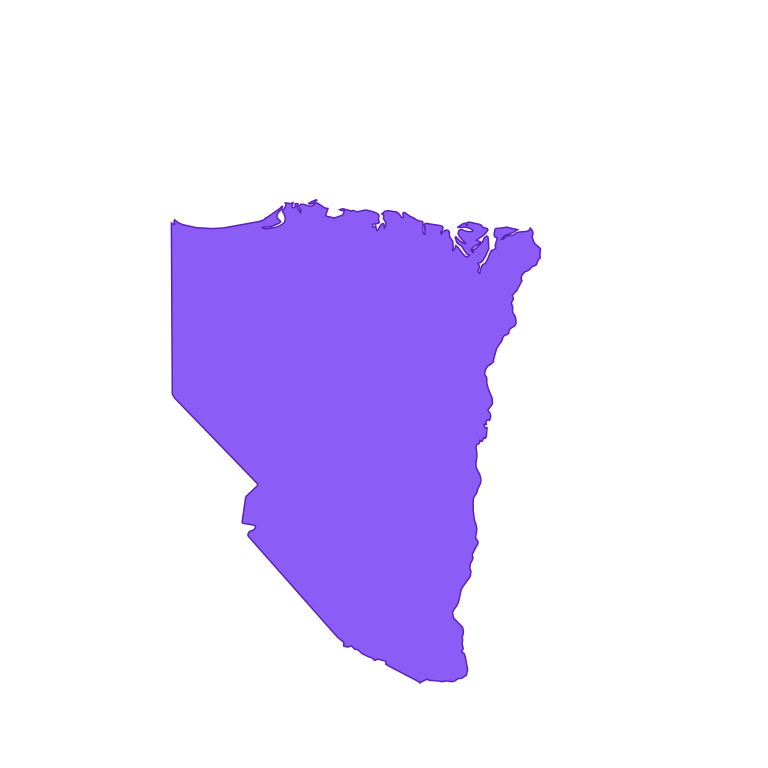 outline of South Carolina, rotated 225°
{"feature_id": "USA-3545", "entity_name": "South Carolina", "entity_type": "State", "adm_level": 1, "iso_a3": "USA", "parent_name": "United States of America", "parent_adm1": "", "projection": "albers", "projection_center": [-80.855, 33.625], "detail": "fine", "context": "isolated", "style": "filled", "palette": "violet", "viewbox_px": 768, "rotation_deg": 225, "n_neighbors": 0, "source": "natural_earth", "source_scale": "10m", "svg_char_len": 6172}
<svg xmlns="http://www.w3.org/2000/svg" viewBox="0 0 768 768"><g transform="rotate(225 384 384)"><path d="M648.1,347.4L645.1,348.4L645.2,349.3L647.1,350.0L648.2,352.1L643.6,352.5L638.9,354.4L627.3,361.8L615.9,371.9L608.2,380.4L587.0,410.9L584.5,416.5L585.3,417.4L584.5,418.9L581.8,434.5L581.8,437.6L581.1,437.7L580.2,435.7L580.0,430.9L579.4,428.5L578.2,426.6L576.7,425.9L572.1,425.9L571.7,424.5L572.6,421.4L575.4,415.2L580.6,409.2L580.6,408.3L578.1,409.5L575.9,411.8L571.0,418.9L569.8,421.6L569.0,424.5L568.6,427.3L569.6,429.8L571.8,432.0L574.5,433.4L578.3,434.4L578.6,435.5L578.5,437.1L578.8,438.6L579.7,441.0L580.3,441.7L581.9,442.2L577.5,445.7L576.7,447.9L575.7,446.9L574.8,444.6L573.9,444.2L572.3,444.7L572.2,446.0L573.1,447.5L574.3,448.7L573.3,450.0L572.1,450.6L571.2,448.3L569.2,447.0L564.3,446.2L565.6,448.0L568.1,448.6L570.1,449.6L569.8,452.4L568.1,454.2L563.2,456.5L561.0,458.5L560.3,460.9L560.2,463.2L559.4,464.8L551.5,466.3L549.3,467.3L547.7,468.5L544.4,461.8L542.4,462.5L538.9,464.8L537.2,465.6L535.9,467.4L533.0,473.5L532.9,475.0L533.5,476.6L534.8,478.7L535.4,477.6L536.3,476.8L538.6,475.9L537.7,477.9L536.9,478.9L531.5,482.1L529.7,482.8L528.8,484.7L528.3,485.1L525.3,486.3L523.2,489.0L521.5,492.0L519.6,494.4L513.6,498.1L510.2,499.5L507.7,500.1L506.4,499.3L504.2,496.2L502.2,495.5L501.4,494.5L502.4,492.4L504.9,489.0L502.9,487.2L502.2,487.6L501.7,488.6L501.6,489.5L501.8,490.0L497.8,487.4L497.2,487.7L497.4,489.6L498.5,493.0L498.8,495.1L498.3,496.8L497.2,497.0L494.1,494.7L494.5,496.6L495.7,498.4L497.3,499.6L501.3,500.5L503.0,502.7L504.6,503.7L504.9,503.6L505.0,502.8L505.8,502.8L505.5,506.8L503.7,509.5L497.2,514.2L496.0,514.8L493.2,514.9L489.2,514.3L488.2,514.9L488.2,515.8L490.8,517.5L491.6,518.9L490.5,519.9L484.6,520.9L479.4,522.7L477.0,523.1L474.3,524.0L472.8,525.5L471.2,526.0L468.5,523.7L464.9,519.9L462.8,518.4L461.1,518.8L462.5,520.5L467.8,525.2L468.4,525.4L468.5,525.7L468.1,526.9L467.3,528.0L465.1,529.3L457.0,535.3L453.9,536.9L452.4,535.7L451.7,534.4L451.1,531.5L449.6,530.6L449.9,532.8L449.6,535.2L448.6,537.2L446.9,538.0L445.1,537.6L443.0,535.5L441.2,534.4L436.2,533.5L432.0,529.8L431.1,528.7L430.3,527.0L429.5,527.0L429.5,528.6L429.8,530.1L431.1,532.6L428.3,533.0L420.2,531.7L416.7,531.7L415.6,532.3L414.7,533.6L414.8,535.5L416.8,534.4L426.8,536.3L431.5,535.4L433.0,535.7L437.3,538.0L437.3,539.0L434.2,538.8L430.9,539.0L427.7,539.7L425.0,540.9L435.4,541.7L438.2,542.9L439.5,545.4L439.0,547.9L434.1,550.0L431.4,552.1L429.5,554.3L429.6,555.6L431.7,555.3L434.7,554.0L437.5,552.3L441.4,548.3L441.9,547.2L442.8,547.2L441.5,553.0L440.3,555.2L438.2,554.6L438.2,555.3L437.3,555.6L439.4,556.9L438.2,558.8L428.9,564.7L427.7,565.0L425.0,564.7L420.7,566.9L419.4,566.4L418.8,562.8L418.8,559.3L420.3,551.0L416.3,552.8L415.7,552.1L417.8,542.5L417.1,540.2L414.1,539.9L414.6,541.3L415.6,540.9L415.8,541.4L416.4,541.8L415.3,543.3L414.9,545.1L414.8,554.2L416.2,557.4L416.4,558.8L416.0,561.2L414.7,561.6L413.2,560.6L405.6,553.8L402.7,546.4L401.4,541.4L401.3,538.6L402.9,536.3L402.6,535.6L401.2,535.4L399.4,534.5L398.4,532.8L397.9,531.0L396.9,529.8L394.8,529.9L394.8,530.7L396.1,532.0L398.6,537.2L398.6,538.1L397.7,541.2L399.2,546.0L401.3,550.9L402.4,554.2L401.1,557.4L401.1,559.3L402.8,560.1L403.7,561.2L407.2,567.4L409.2,566.5L410.9,566.9L412.3,568.0L414.9,571.9L414.8,573.3L411.8,576.6L408.1,581.7L398.6,587.6L399.7,582.7L403.6,574.3L403.3,569.3L402.3,570.5L401.7,575.7L400.9,577.2L397.8,580.8L397.3,584.1L396.2,586.6L391.1,592.8L390.3,594.2L390.1,595.8L390.8,597.7L388.4,597.5L386.3,596.8L384.6,595.4L383.9,593.6L383.1,592.6L378.5,590.4L376.1,589.9L369.5,590.4L368.5,589.8L365.2,585.7L362.9,583.9L362.6,582.9L362.9,581.2L360.6,576.1L360.9,574.6L362.2,571.5L362.0,568.0L362.6,565.3L363.5,563.5L363.7,561.9L363.5,559.1L362.6,556.7L361.2,555.2L359.5,554.6L356.1,543.6L356.2,539.4L355.7,537.2L352.6,535.7L352.1,534.3L351.5,531.6L350.8,531.1L348.4,529.8L347.9,529.9L343.9,525.8L342.9,525.3L339.5,524.7L337.2,523.5L333.8,520.6L332.7,518.4L332.8,516.5L333.5,514.4L333.8,511.8L333.1,509.9L331.6,508.0L332.3,505.0L333.0,504.1L333.2,502.3L332.5,500.2L331.4,498.3L330.8,496.2L330.3,492.2L329.3,488.4L323.6,478.4L322.3,477.2L322.3,474.6L323.3,470.1L322.9,467.8L321.8,465.1L320.5,462.8L319.1,461.8L316.6,461.4L314.9,460.3L311.8,457.2L307.2,454.5L297.4,450.4L293.5,447.0L292.9,445.1L292.3,439.8L291.6,438.7L289.1,438.5L287.1,437.7L285.3,436.1L283.6,433.0L285.2,432.0L285.6,430.6L284.8,429.1L282.9,427.6L284.5,426.7L284.5,425.8L282.4,424.9L281.2,424.7L280.2,425.9L274.6,419.4L273.8,417.3L275.4,416.5L274.1,413.2L274.4,412.2L276.2,412.0L274.7,409.2L275.5,406.3L273.9,404.0L269.5,400.8L267.2,398.6L262.6,392.6L260.3,390.6L258.1,389.5L252.8,387.9L250.4,386.7L247.9,384.9L245.7,382.4L243.2,375.5L241.5,372.8L240.2,366.9L237.2,363.2L231.9,358.1L227.2,354.2L223.0,351.3L219.4,349.6L216.0,347.2L213.5,344.2L211.6,341.3L209.8,339.5L207.6,339.5L205.8,338.8L204.5,337.2L203.7,333.7L201.4,326.8L200.5,325.3L198.0,323.9L197.1,322.0L195.9,318.2L193.9,315.3L192.5,314.1L189.9,312.9L188.1,310.4L187.4,309.8L186.8,307.9L184.9,296.5L184.1,293.4L177.0,282.3L175.6,277.9L175.1,274.3L173.9,270.8L169.3,267.7L156.6,267.6L153.1,265.5L151.4,263.5L149.7,260.3L147.4,258.7L145.1,255.5L141.1,253.1L140.3,251.5L140.1,249.6L139.3,249.4L136.7,250.1L133.1,248.2L123.2,241.4L119.8,236.4L121.0,230.8L122.9,228.5L123.4,227.4L123.9,224.3L125.4,221.6L130.1,218.0L131.2,216.2L133.0,214.1L135.2,212.9L142.2,206.6L144.8,205.7L147.0,199.7L147.1,198.0L149.1,198.0L181.4,187.9L184.9,187.2L185.8,188.9L187.2,189.0L193.2,185.5L193.9,184.8L194.8,182.5L195.5,181.9L198.6,181.9L203.3,179.7L208.9,177.9L214.5,177.6L217.2,175.8L221.1,175.8L222.0,175.5L222.5,175.0L223.2,173.0L223.7,172.3L226.8,170.3L227.6,170.4L229.0,172.3L229.9,172.8L238.2,172.1L372.2,180.4L373.1,180.7L374.0,181.6L374.7,183.4L374.7,184.8L372.9,189.1L373.2,190.8L373.9,192.1L374.7,192.7L375.8,192.5L384.9,186.0L386.2,185.7L386.9,186.3L401.6,205.9L402.0,207.5L401.6,222.3L401.9,223.1L402.6,223.8L403.4,224.0L521.2,226.0L524.5,226.6L526.7,227.3L648.1,347.4ZM564.5,459.0L564.4,461.0L562.3,466.3L561.5,466.3L561.5,463.8L562.0,461.3L563.1,459.4L564.8,458.2L565.1,458.4L565.0,458.8L564.5,459.0Z" fill="#8b5cf6" stroke="#5b21b6" stroke-width="1.5"/></g></svg>